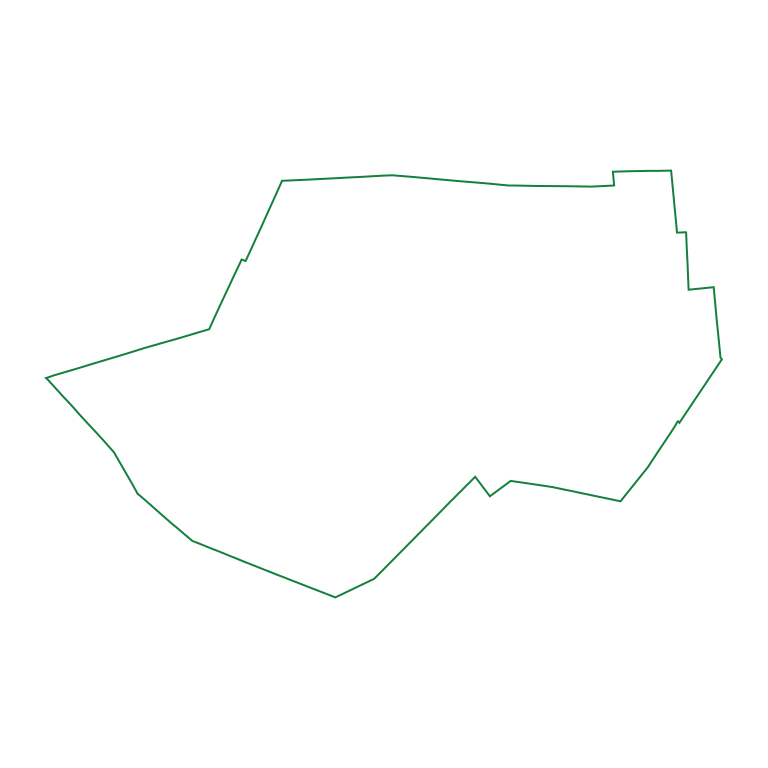 Varias, Timis, Romania
{"feature_id": "2599482B99754061037877", "entity_name": "Varias", "entity_type": "district", "adm_level": 2, "iso_a3": "ROU", "parent_name": "Romania", "parent_adm1": "Timis", "projection": "albers", "projection_center": [20.97, 45.991], "detail": "fine", "context": "isolated", "style": "outline", "palette": "green", "viewbox_px": 768, "rotation_deg": 0, "n_neighbors": 0, "source": "geoboundaries", "source_scale": "gbopen_adm2", "svg_char_len": 1710}
<svg xmlns="http://www.w3.org/2000/svg" viewBox="0 0 768 768"><path d="M335.3,597.4L374.2,578.8L412.3,540.3L441.1,511.1L449.5,502.5L470.7,481.3L475.2,476.8L489.9,496.3L490.4,495.9L510.7,480.9L515.5,481.6L542.1,485.5L552.6,487.1L620.5,501.3L647.7,467.4L659.1,450.1L667.0,438.3L670.3,433.4L674.7,426.6L676.3,423.8L677.2,422.1L678.0,421.3L679.4,422.8L710.7,376.0L721.9,359.3L720.5,357.6L718.3,335.3L716.8,320.8L715.2,303.5L713.7,287.2L702.7,288.3L688.6,289.7L687.5,262.8L686.8,249.0L686.1,232.4L685.2,232.2L684.3,232.3L678.7,232.6L677.0,232.6L676.3,224.8L675.4,215.6L674.0,200.7L672.4,183.8L671.1,170.6L655.9,170.9L648.5,170.9L647.3,170.9L630.9,171.2L612.9,171.7L614.1,185.5L591.7,186.6L565.4,186.2L537.8,186.0L513.8,185.5L508.6,185.5L485.6,183.3L458.8,181.1L433.2,178.8L411.3,176.8L392.5,175.3L386.1,175.5L374.8,176.1L357.1,177.1L350.4,177.4L335.9,178.2L306.8,179.7L282.0,180.8L279.3,187.0L273.3,200.3L266.7,214.9L260.4,228.9L255.6,239.3L250.3,250.9L245.6,261.0L241.6,259.5L240.1,262.9L233.6,276.5L228.0,288.5L221.1,303.2L214.2,318.1L209.2,329.2L200.7,331.7L180.7,337.7L159.2,343.8L144.5,348.0L136.3,350.6L115.8,356.9L93.6,363.5L74.6,369.3L54.1,375.3L46.1,378.1L46.4,378.3L46.7,378.5L63.1,396.5L69.5,403.3L74.1,408.3L79.1,414.1L85.3,420.8L89.8,425.7L97.5,433.9L103.5,440.5L108.7,446.4L109.8,447.6L113.1,451.3L114.4,453.0L118.2,459.7L120.0,462.8L122.2,466.6L127.1,475.1L132.0,483.6L135.4,489.7L137.8,494.1L138.2,494.2L144.8,499.8L147.6,502.3L152.7,506.8L159.8,513.1L166.8,519.2L171.4,523.3L176.5,527.4L183.6,533.5L192.3,540.9L202.0,544.7L213.8,549.5L214.3,549.6L226.2,554.4L227.8,555.1L246.2,562.5L275.7,574.2L285.1,577.8L288.5,579.2L308.1,586.8L335.3,597.4Z" fill="none" stroke="#15803d" stroke-width="2"/></svg>